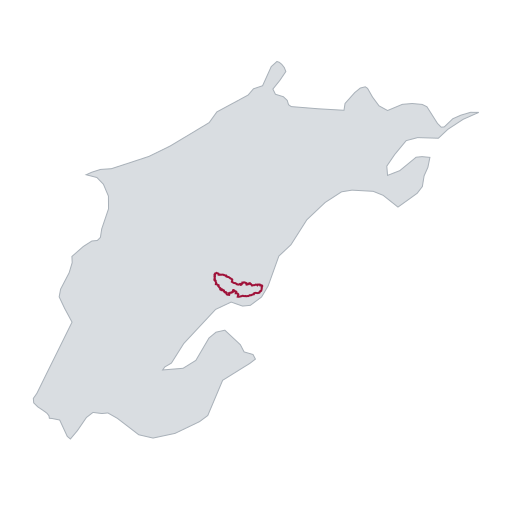 Turrubares, San José, Costa Rica shown in context, rotated 274°
{"feature_id": "36466004B44597277334716", "entity_name": "Turrubares", "entity_type": "district", "adm_level": 2, "iso_a3": "CRI", "parent_name": "Costa Rica", "parent_adm1": "San José", "projection": "natural_earth1", "projection_center": [-84.504, 9.748], "detail": "fine", "context": "in_parent", "style": "outline", "palette": "rose", "viewbox_px": 512, "rotation_deg": 274, "n_neighbors": 0, "source": "geoboundaries", "source_scale": "gbopen_adm2", "svg_char_len": 6666}
<svg xmlns="http://www.w3.org/2000/svg" viewBox="0 0 512 512"><g transform="rotate(274 256 256)"><path d="M451.5,263.3L450.8,265.8L448.8,268.5L445.9,271.1L442.1,272.9L432.8,267.5L423.7,261.2L418.7,264.1L416.8,272.2L413.4,276.3L409.2,277.9L407.5,280.7L407.2,307.9L407.5,333.6L414.4,334.2L425.9,343.1L430.8,348.3L432.4,353.2L431.0,355.6L422.6,361.2L414.4,368.2L410.3,377.1L417.5,391.4L419.0,401.1L418.8,411.2L416.8,416.1L400.9,427.8L397.4,431.8L397.9,434.8L406.7,442.8L410.8,450.6L414.3,460.0L414.8,468.2L406.8,453.1L395.8,438.6L386.2,429.7L385.4,409.0L381.6,397.8L367.1,387.4L354.8,380.2L345.6,381.6L351.2,393.5L365.7,408.8L366.7,414.7L366.5,422.6L356.5,421.3L347.7,418.1L336.9,417.1L329.8,412.4L314.7,394.2L325.4,378.6L328.7,368.4L328.4,347.2L326.0,336.9L314.3,321.3L295.7,304.2L269.7,290.1L257.5,278.8L227.0,270.2L215.5,264.4L206.4,253.8L205.1,246.1L208.3,234.4L199.9,219.4L163.6,190.0L143.3,179.1L139.0,172.8L135.8,170.8L138.9,191.1L147.7,203.3L170.9,214.8L177.2,221.4L179.8,230.1L166.4,246.6L159.5,250.8L157.5,259.9L153.1,262.6L148.5,257.4L129.7,231.4L93.5,219.0L86.9,211.3L73.4,187.6L67.2,166.0L69.5,151.5L84.4,129.0L89.1,119.2L88.1,113.2L88.6,104.3L83.1,98.1L69.3,90.0L60.5,83.6L62.9,80.3L78.7,71.6L79.7,63.8L79.7,61.2L82.2,60.6L84.5,58.5L85.9,56.4L90.3,48.8L94.0,44.5L98.4,43.8L103.7,47.0L123.6,55.1L145.7,64.2L177.2,77.1L190.3,68.8L201.5,62.5L209.3,63.4L226.3,70.8L236.5,73.1L242.7,72.4L253.5,83.1L259.5,91.2L260.4,96.6L263.7,99.5L272.2,100.2L292.8,105.6L305.5,104.6L316.9,98.8L323.2,91.8L325.2,80.9L328.1,86.3L331.5,94.8L333.0,105.7L347.9,142.3L359.8,162.8L385.8,200.0L397.0,206.9L416.0,236.9L422.6,241.8L426.3,250.7L446.0,258.0L451.5,263.3Z" fill="#d9dde1" stroke="#a8b0b8" stroke-width="1"/><path d="M235.1,216.2L234.5,216.5L234.3,216.5L234.1,216.2L234.0,215.9L233.7,216.0L233.2,216.2L232.7,216.5L232.4,216.5L232.3,216.4L232.2,216.1L231.9,216.2L231.7,216.3L231.3,216.3L230.6,216.3L230.3,216.4L230.3,216.5L230.2,216.5L230.1,216.4L229.8,216.3L229.6,216.5L229.6,216.4L229.6,216.1L229.2,216.1L229.0,216.4L228.9,216.8L228.8,217.0L228.7,217.1L228.2,217.1L227.8,217.3L227.4,217.7L226.9,218.0L226.5,218.0L226.2,218.2L225.6,218.2L225.4,217.9L225.1,217.9L225.1,218.2L224.9,218.9L224.9,219.2L224.6,219.6L224.5,220.0L224.4,220.3L224.2,220.8L223.9,220.8L223.9,220.5L223.8,220.4L223.6,220.4L223.4,220.4L223.2,220.6L222.9,221.0L222.6,221.2L222.1,221.6L221.9,221.8L221.8,222.2L221.5,222.6L221.0,222.6L221.0,222.8L220.9,223.1L220.7,223.1L220.4,222.8L220.3,222.7L220.1,222.7L219.9,222.9L219.9,223.1L220.2,223.5L220.3,224.0L220.4,224.3L220.3,224.7L220.2,224.8L219.9,224.7L219.5,224.6L219.5,225.1L219.5,225.3L219.6,226.1L219.4,226.3L219.3,226.5L219.2,226.5L219.0,226.4L218.8,226.4L218.6,226.4L218.1,226.9L217.6,227.3L217.6,227.6L217.8,227.9L217.9,228.1L217.9,228.4L217.7,228.7L217.4,228.9L217.2,229.2L216.8,228.9L216.7,228.9L216.3,229.2L216.0,229.3L215.8,229.6L215.6,229.7L215.5,229.9L215.4,230.5L215.5,231.1L215.5,231.4L215.3,231.7L215.3,232.0L215.6,232.1L215.9,231.9L216.1,231.7L216.5,231.6L217.0,231.6L217.1,232.2L217.2,232.4L217.5,232.6L217.5,233.1L217.6,233.3L217.9,233.7L217.9,233.8L217.7,233.9L217.7,234.2L217.8,234.3L218.2,234.3L218.3,234.6L218.2,234.6L218.3,234.8L218.2,235.0L218.3,235.2L218.6,235.4L218.8,235.4L218.9,235.6L219.1,235.6L219.1,235.8L219.6,235.6L219.7,235.4L219.9,235.4L220.0,235.5L220.3,235.5L220.5,235.9L220.5,236.0L220.4,236.2L220.3,236.4L220.2,236.5L219.9,237.1L219.6,237.2L219.5,237.5L219.4,237.6L219.3,237.8L219.2,238.1L219.2,238.5L219.0,238.8L218.9,238.9L218.6,238.9L218.0,238.7L217.4,238.5L217.4,238.9L217.3,239.6L217.2,240.0L217.2,240.3L217.0,240.5L216.9,240.7L216.7,240.9L216.5,241.1L216.4,241.1L216.2,241.0L215.9,240.9L215.6,240.8L215.3,240.9L215.1,240.8L214.7,240.6L214.2,240.6L214.3,241.0L214.1,241.4L214.1,241.7L214.2,241.8L214.3,242.0L214.4,242.8L214.7,243.5L214.7,243.8L214.9,244.2L215.0,244.6L215.2,245.0L215.4,245.4L215.4,245.9L215.3,246.1L215.2,246.3L215.2,247.4L215.2,247.9L215.4,248.2L215.4,248.3L215.3,248.6L215.2,248.8L215.2,249.1L215.2,249.4L215.3,249.7L215.4,249.9L215.5,251.2L216.5,252.6L216.4,253.1L216.4,253.5L216.6,253.7L216.6,253.9L216.7,254.1L216.7,254.3L216.9,254.5L217.0,254.6L217.1,254.8L217.3,255.2L217.5,255.7L217.6,256.0L217.6,256.4L217.6,256.5L217.8,256.6L218.0,256.7L218.3,256.5L218.5,256.5L218.7,257.0L219.1,257.5L219.2,258.0L219.2,258.5L219.1,259.5L219.1,259.9L219.1,260.5L219.4,261.1L219.4,261.3L219.6,261.7L219.7,262.0L219.8,262.1L220.1,262.2L220.4,262.1L220.9,262.6L221.0,262.5L221.4,262.8L221.5,263.0L221.4,263.3L221.6,263.6L222.1,263.7L222.4,263.8L224.0,264.0L224.3,264.0L224.5,263.8L225.3,263.9L225.5,264.1L225.8,264.2L226.0,263.9L226.4,264.0L226.6,264.2L226.9,264.2L227.0,264.0L227.0,263.4L227.1,263.2L227.3,263.0L227.3,262.7L227.2,262.6L226.9,262.3L226.9,262.2L227.1,262.1L227.3,262.0L227.6,261.9L227.8,261.8L227.8,261.5L227.7,261.4L227.7,260.9L227.5,260.6L227.5,260.4L227.5,260.2L227.7,259.9L227.6,259.6L227.4,259.5L227.0,259.3L227.2,259.1L227.3,258.9L227.4,258.6L227.4,258.3L227.5,258.0L227.5,257.8L227.4,257.6L227.2,257.3L226.8,256.5L226.7,255.3L226.6,254.8L226.6,254.6L226.3,254.3L226.3,254.2L226.5,254.2L226.8,253.7L227.2,253.3L227.3,253.2L227.5,253.1L227.5,252.8L227.7,252.6L227.7,252.3L227.6,252.1L227.8,251.9L228.0,251.9L228.5,251.7L228.4,251.4L228.3,251.2L228.2,251.1L228.0,250.5L227.9,250.3L227.7,250.3L227.4,250.3L227.3,250.2L227.2,250.0L227.2,249.6L227.1,249.4L227.1,249.2L226.9,249.1L226.8,248.9L226.8,248.7L227.0,248.7L227.5,248.2L228.1,248.2L228.1,247.9L228.3,247.7L228.5,247.7L228.7,247.1L228.7,246.5L228.8,246.4L228.9,246.2L228.8,245.9L228.8,245.5L228.8,245.3L228.7,245.1L227.9,244.6L227.9,244.3L228.1,244.1L227.8,244.0L227.6,244.0L227.3,243.8L226.7,243.7L226.4,243.4L226.2,243.1L226.1,242.8L226.1,242.7L227.1,242.3L227.1,242.1L226.9,241.8L226.3,240.7L226.2,240.3L226.2,240.0L226.4,239.7L226.5,239.3L226.5,238.7L226.9,238.5L227.0,238.3L227.3,237.6L227.4,237.3L227.5,237.2L227.5,236.0L228.1,234.6L228.5,234.1L228.6,233.7L228.8,233.7L229.1,233.9L230.0,233.9L230.3,234.0L230.8,234.0L231.1,233.8L231.2,233.3L231.8,232.4L231.9,232.2L231.9,231.9L232.1,231.6L232.3,231.5L232.4,231.2L232.8,230.6L233.1,230.2L233.1,229.6L233.2,229.3L233.2,228.9L233.3,228.7L233.5,228.3L233.4,228.0L233.5,227.8L233.7,227.7L233.8,227.7L234.1,227.7L234.2,227.8L234.3,227.7L234.2,227.6L234.1,227.4L234.3,227.3L234.3,226.9L234.4,226.7L234.5,226.3L234.7,226.1L234.7,225.5L234.7,225.3L235.0,225.0L235.0,224.9L235.1,223.9L235.1,223.7L235.0,223.4L234.9,223.1L235.0,222.3L235.0,222.0L234.7,221.5L234.7,220.0L235.7,219.9L235.8,219.6L236.0,219.2L236.0,218.7L236.3,218.1L236.4,217.9L236.2,217.7L235.9,217.1L235.9,216.8L235.8,216.5L235.6,216.4L235.2,216.3L235.1,216.2Z" fill="none" stroke="#9f1239" stroke-width="2"/></g></svg>